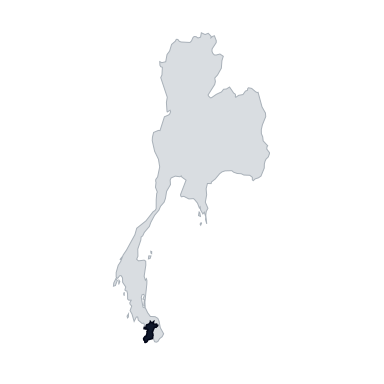 Yala highlighted on a map of Thailand, rotated 15°
{"feature_id": "THA-388", "entity_name": "Yala", "entity_type": "Province", "adm_level": 1, "iso_a3": "THA", "parent_name": "Thailand", "parent_adm1": "", "projection": "equal_earth", "projection_center": [101.243, 6.153], "detail": "fine", "context": "in_parent", "style": "filled", "palette": "ink", "viewbox_px": 384, "rotation_deg": 15, "n_neighbors": 0, "source": "natural_earth", "source_scale": "10m", "svg_char_len": 5701}
<svg xmlns="http://www.w3.org/2000/svg" viewBox="0 0 384 384"><g transform="rotate(15 192 192)"><path d="M170.2,36.7L170.4,38.2L171.7,36.3L173.2,35.3L176.3,39.6L176.7,41.5L174.4,48.5L174.8,50.8L176.2,52.7L178.0,53.8L179.8,53.5L183.3,51.5L187.1,52.8L186.9,57.4L188.3,64.8L186.4,72.3L184.5,76.0L186.0,79.3L186.1,82.3L182.4,94.1L183.1,95.0L185.4,96.3L186.4,95.9L190.3,91.3L194.6,87.7L195.9,84.6L198.6,83.6L201.1,80.9L206.7,85.7L208.1,86.1L208.9,86.9L209.2,88.8L209.8,89.2L212.1,86.5L216.0,84.7L217.5,80.7L219.2,79.5L219.1,77.5L219.6,76.7L222.8,76.5L227.5,78.7L229.2,79.1L230.0,78.6L237.6,91.7L242.5,96.7L243.7,100.1L242.6,108.9L242.8,113.9L243.9,117.7L246.0,120.4L247.5,124.2L253.2,127.8L252.7,128.8L253.1,131.2L256.6,133.9L256.9,134.8L256.6,138.4L255.0,141.1L254.6,143.3L254.6,146.1L255.6,150.2L254.5,158.8L252.4,161.2L249.7,162.9L248.2,165.2L247.1,164.6L246.5,162.2L243.5,160.9L237.7,162.2L234.8,161.6L230.9,162.4L227.1,162.1L224.9,161.1L218.5,163.0L215.9,164.7L214.0,167.1L211.1,173.4L208.2,177.3L208.3,178.9L204.7,179.8L204.8,185.2L206.9,191.0L207.5,198.4L211.6,203.6L210.8,207.2L211.3,210.8L214.5,219.0L212.2,215.1L211.7,212.4L209.1,208.3L208.2,210.4L205.1,207.3L203.7,204.3L203.3,205.6L200.2,201.3L197.0,199.0L195.2,198.0L190.8,199.5L185.2,198.3L183.0,199.4L182.1,198.7L181.6,197.4L183.2,182.1L178.3,180.2L177.5,179.2L176.4,180.4L171.7,181.0L168.2,183.8L167.8,186.1L169.3,190.4L167.3,197.9L168.0,205.1L167.7,209.0L165.3,214.0L164.7,218.1L161.9,224.2L160.1,231.9L159.7,236.4L156.4,243.3L155.7,247.2L154.5,248.6L155.0,251.7L154.4,261.2L156.4,268.1L155.9,271.3L158.1,272.4L163.4,270.2L165.2,270.8L166.3,274.5L167.6,285.8L169.8,289.3L170.4,287.5L171.4,289.3L172.2,292.7L175.0,310.5L176.5,315.1L174.8,313.9L173.8,308.3L172.3,308.1L172.8,304.6L171.9,303.3L170.3,304.3L170.3,307.1L174.5,315.9L177.1,316.2L180.4,320.1L184.0,323.0L188.6,322.0L191.7,322.9L193.6,325.3L196.5,331.3L201.3,336.3L200.6,339.5L198.7,342.0L197.7,345.3L196.4,346.3L194.6,346.3L192.6,343.5L187.8,346.1L186.8,348.7L185.5,349.4L183.4,346.5L183.6,344.9L184.9,342.5L184.6,336.3L181.7,336.2L179.8,331.6L179.2,331.2L177.8,331.9L173.3,329.7L171.9,326.8L170.6,327.1L169.6,332.0L165.6,325.4L162.9,322.6L163.3,317.7L161.4,316.6L160.6,315.3L161.3,312.3L158.7,312.8L157.5,312.0L156.0,306.7L154.7,304.5L153.0,304.5L152.5,303.5L152.6,300.9L148.4,297.2L147.1,292.9L145.1,291.1L143.8,291.6L142.5,294.6L141.6,294.4L140.7,293.6L139.6,289.4L139.7,282.0L141.1,277.6L141.8,270.7L143.8,264.9L147.9,248.0L148.0,241.3L155.0,231.8L159.6,221.0L161.1,219.4L161.7,217.4L159.4,208.6L158.3,202.6L158.5,201.0L155.5,196.9L154.8,192.2L154.0,190.7L153.8,189.1L154.9,186.4L154.3,176.1L151.1,169.0L145.4,162.4L140.3,152.7L139.6,149.3L139.5,144.4L143.6,141.2L145.2,141.0L145.9,126.5L149.4,123.7L150.2,122.6L150.6,120.1L149.7,118.7L147.4,121.1L147.0,120.6L144.1,112.1L143.6,106.9L132.2,89.6L132.7,86.7L131.1,79.2L129.4,79.1L128.2,77.8L127.1,74.4L129.3,74.9L132.9,73.0L132.3,65.7L133.9,61.6L134.1,54.7L136.9,50.6L137.3,48.6L138.8,48.3L140.8,49.8L142.8,49.9L151.3,48.1L152.4,46.3L153.0,42.5L153.8,41.3L155.7,40.9L157.9,41.7L160.2,40.2L159.8,35.8L163.9,36.5L166.6,34.5L170.2,36.7ZM142.8,296.6L142.2,302.2L140.5,303.3L140.0,300.1L141.0,294.9L141.4,296.1L142.8,296.6ZM168.9,264.4L168.7,267.1L167.2,267.9L166.8,264.9L168.9,264.4ZM204.7,209.7L206.5,213.4L204.4,213.1L204.0,209.4L204.7,209.7ZM162.3,330.3L161.4,328.7L162.2,326.1L162.9,329.2L162.3,330.3ZM145.5,297.2L145.1,300.3L144.3,296.1L145.5,297.2ZM169.0,262.0L168.2,261.7L167.5,259.9L168.5,260.0L169.0,262.0ZM152.5,306.3L153.4,309.8L152.4,308.2L152.5,306.3ZM209.3,219.6L209.0,221.8L208.1,220.9L208.7,219.3L209.3,219.6ZM140.9,275.2L139.9,276.1L140.7,274.0L140.9,275.2Z" fill="#d9dde1" stroke="#a8b0b8" stroke-width="1"/><path d="M181.1,336.4L180.9,336.1L180.9,335.9L180.9,335.3L180.9,335.1L181.3,335.1L181.5,335.1L181.8,335.1L182.0,335.0L182.2,334.8L182.3,334.7L182.5,334.2L182.4,333.3L182.4,332.8L182.5,332.4L182.5,332.2L182.8,331.8L183.3,331.5L184.0,331.3L184.3,331.1L184.7,330.2L185.0,329.8L185.0,329.7L185.2,329.2L185.3,329.1L185.4,328.7L185.3,327.8L185.7,328.0L186.0,328.4L186.2,328.6L186.3,328.6L186.5,328.6L186.8,328.7L187.0,328.7L187.5,328.6L187.6,328.4L187.9,328.1L188.0,328.0L188.0,327.9L188.3,327.2L188.5,327.0L188.5,327.3L188.5,327.5L188.6,328.1L188.6,328.3L188.6,328.5L188.6,328.8L188.8,329.0L188.9,329.5L189.0,329.5L189.4,329.5L189.7,329.4L190.0,329.4L190.5,329.2L190.8,329.2L191.0,329.3L191.3,329.1L191.5,328.9L191.9,328.7L192.0,328.7L192.1,328.8L192.3,329.3L192.4,329.5L192.5,329.6L192.6,329.8L192.8,329.8L193.0,329.8L193.4,329.6L193.5,329.9L193.5,330.0L193.4,330.3L193.3,330.5L193.1,330.7L192.8,331.1L192.6,331.7L192.4,331.9L192.3,332.0L191.8,332.1L191.5,332.2L190.8,332.4L190.8,332.5L190.7,332.6L190.2,335.8L190.2,336.4L190.2,336.7L190.2,336.8L190.0,337.0L189.9,337.1L189.8,337.3L189.9,337.6L190.1,338.0L190.6,338.6L190.8,338.9L190.8,339.0L190.9,339.6L191.1,339.9L191.3,340.0L191.5,340.4L191.5,340.6L191.5,341.9L191.5,342.1L191.6,342.4L191.7,342.5L191.7,342.8L191.6,343.5L191.7,343.8L190.0,344.8L189.4,345.2L188.8,345.6L188.2,345.8L187.7,346.1L187.5,347.1L187.5,347.6L187.3,348.0L187.1,348.4L186.9,348.7L186.1,349.3L185.7,349.5L185.4,349.4L185.2,348.8L185.0,348.3L184.7,347.8L184.3,347.5L184.2,347.4L183.9,347.5L183.7,347.4L183.6,347.2L183.4,346.7L183.3,346.4L183.2,346.3L183.2,346.0L183.2,345.8L183.3,345.5L184.0,343.7L184.6,343.4L184.9,343.3L185.0,342.9L185.0,342.5L185.1,341.8L185.1,340.5L185.2,339.7L185.1,339.3L184.8,339.0L184.6,338.6L184.6,338.1L184.8,337.8L185.0,337.7L185.2,336.9L185.1,336.5L185.0,336.2L184.8,336.1L184.1,336.3L183.8,336.2L183.3,335.7L183.0,335.7L182.6,336.4L182.3,336.5L181.6,336.2L181.4,336.2L181.2,336.3L181.1,336.4Z" fill="#0f172a" stroke="#020617" stroke-width="1.5"/></g></svg>